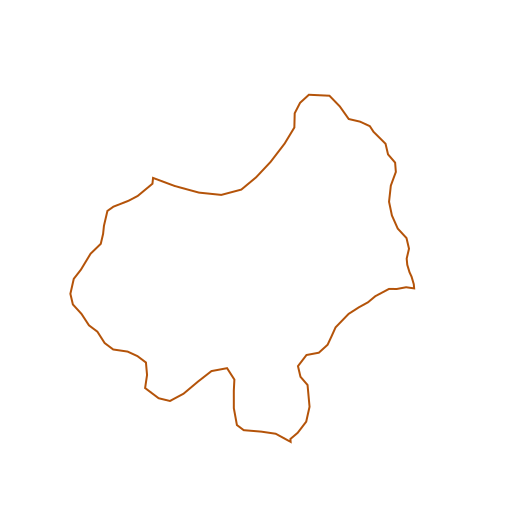 Jonchon, Chagang-do, North Korea, rotated 37°
{"feature_id": "82179303B33919717050875", "entity_name": "Jonchon", "entity_type": "district", "adm_level": 2, "iso_a3": "PRK", "parent_name": "North Korea", "parent_adm1": "Chagang-do", "projection": "albers", "projection_center": [126.339, 40.546], "detail": "fine", "context": "isolated", "style": "outline", "palette": "amber", "viewbox_px": 512, "rotation_deg": 37, "n_neighbors": 0, "source": "geoboundaries", "source_scale": "gbopen_adm2", "svg_char_len": 1270}
<svg xmlns="http://www.w3.org/2000/svg" viewBox="0 0 512 512"><g transform="rotate(37 256 256)"><path d="M310.9,97.7L300.3,95.4L291.9,88.4L275.1,86.1L268.8,83.8L258.2,86.1L247.6,90.8L232.9,86.1L218.2,83.8L201.2,95.4L199.0,107.1L201.0,118.7L209.3,130.3L211.2,149.0L211.0,172.2L208.7,193.2L204.3,211.8L191.5,228.1L172.3,239.7L149.0,249.0L126.8,255.6L129.8,260.6L125.4,279.2L121.0,288.5L112.4,302.5L111.9,304.2L110.2,309.4L116.4,323.4L120.6,330.4L124.7,339.7L122.5,353.7L124.4,372.3L124.2,383.9L130.5,397.9L138.9,404.9L151.6,407.3L164.3,411.9L174.9,411.9L187.5,416.6L198.2,416.6L211.0,409.6L221.6,407.3L232.2,407.3L240.6,416.6L246.9,428.2L255.3,428.2L263.8,428.2L274.5,423.6L281.0,409.6L285.3,391.0L289.7,374.7L300.4,363.0L313.1,367.7L319.4,377.0L329.9,390.9L342.5,402.5L351.0,402.5L365.9,393.1L378.7,386.1L395.5,383.6L393.6,381.4L395.7,372.1L395.8,358.1L389.5,344.2L374.8,328.0L364.2,325.7L355.8,318.7L355.9,304.7L364.4,295.4L366.6,283.8L364.6,274.4L362.5,265.1L364.8,246.5L369.1,234.9L373.3,225.6L375.5,216.2L382.0,202.3L388.3,197.6L394.7,190.6L401.8,186.7L399.0,183.6L392.7,178.9L388.4,176.6L382.1,172.0L377.9,167.4L373.8,158.1L365.4,151.1L352.7,148.8L340.1,141.8L329.6,132.6L321.3,118.6L317.1,104.7L310.9,97.7Z" fill="none" stroke="#b45309" stroke-width="2"/></g></svg>